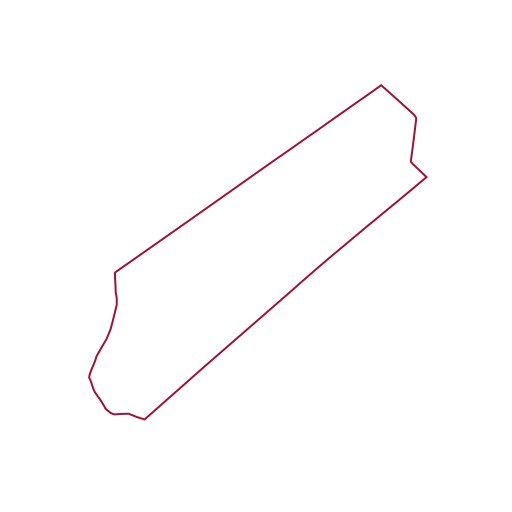 Ipubi, Pernambuco, Brazil, rotated 242°
{"feature_id": "56859067B31416685078999", "entity_name": "Ipubi", "entity_type": "district", "adm_level": 2, "iso_a3": "BRA", "parent_name": "Brazil", "parent_adm1": "Pernambuco", "projection": "equal_earth", "projection_center": [-40.224, -7.501], "detail": "fine", "context": "isolated", "style": "outline", "palette": "rose", "viewbox_px": 512, "rotation_deg": 242, "n_neighbors": 0, "source": "geoboundaries", "source_scale": "gbopen_adm2", "svg_char_len": 876}
<svg xmlns="http://www.w3.org/2000/svg" viewBox="0 0 512 512"><g transform="rotate(242 256 256)"><path d="M242.3,68.1L238.8,64.6L232.6,57.0L229.2,53.3L227.0,51.6L223.2,51.4L214.9,50.0L211.2,49.8L202.5,51.0L197.3,51.4L191.5,51.5L185.4,54.1L182.6,56.6L179.1,64.4L176.5,69.5L170.0,75.0L164.0,80.9L182.7,159.1L198.9,229.2L209.5,274.8L211.1,281.2L216.7,305.5L219.8,319.5L226.7,352.1L228.1,359.0L230.2,368.6L231.0,373.0L233.6,385.6L238.7,410.8L245.6,443.6L263.5,437.7L266.6,436.9L269.2,438.8L274.5,442.6L284.1,449.4L293.1,455.7L302.4,462.2L306.1,462.0L327.2,454.4L348.0,446.7L346.0,431.2L343.3,409.1L339.7,380.5L338.3,369.9L337.0,359.0L333.5,331.1L331.9,317.5L328.7,291.9L327.4,281.8L318.0,207.6L307.6,123.7L304.0,121.8L297.0,118.6L289.8,115.1L284.3,113.3L278.2,110.1L264.3,97.6L259.2,92.8L252.7,84.9L250.4,81.0L242.3,68.1Z" fill="none" stroke="#9f1239" stroke-width="2"/></g></svg>